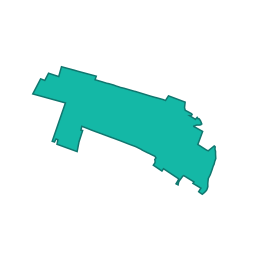 the district of Barcea, Galati, Romania, rotated 214°
{"feature_id": "2599482B6592604514944", "entity_name": "Barcea", "entity_type": "district", "adm_level": 2, "iso_a3": "ROU", "parent_name": "Romania", "parent_adm1": "Galati", "projection": "orthographic", "projection_center": [27.463, 45.764], "detail": "fine", "context": "isolated", "style": "filled", "palette": "teal", "viewbox_px": 256, "rotation_deg": 214, "n_neighbors": 0, "source": "geoboundaries", "source_scale": "gbopen_adm2", "svg_char_len": 2135}
<svg xmlns="http://www.w3.org/2000/svg" viewBox="0 0 256 256"><g transform="rotate(214 128 128)"><path d="M227.9,119.9L226.0,103.0L193.9,113.8L183.4,74.6L181.1,75.3L181.5,78.7L180.2,78.9L179.5,79.0L177.8,74.8L157.0,80.0L160.9,89.2L164.2,100.6L165.9,99.9L167.2,103.6L160.8,105.1L160.7,105.1L157.8,105.7L157.7,105.7L152.7,106.9L135.5,111.1L135.3,111.2L127.4,113.1L118.0,115.2L111.5,116.8L111.4,116.8L110.3,117.0L104.9,117.7L104.2,117.6L98.0,118.4L97.9,118.4L97.6,118.5L96.0,118.8L94.8,118.9L89.9,119.6L88.1,118.8L88.2,116.8L87.2,115.9L86.4,114.7L86.2,114.0L86.2,111.3L75.8,111.3L75.8,114.1L57.6,114.2L57.2,112.8L57.0,108.6L54.7,108.8L55.8,111.6L55.9,113.1L55.7,118.4L55.2,119.7L43.4,120.2L43.2,120.2L43.2,118.4L33.9,118.9L33.8,114.7L33.2,114.7L32.4,114.6L31.2,114.6L29.4,114.6L29.1,115.4L28.9,116.2L28.8,116.4L28.6,117.1L28.4,118.1L28.2,118.9L28.2,119.6L28.1,120.5L28.2,121.2L28.3,121.5L28.4,122.1L29.0,124.0L30.9,126.7L32.6,129.9L33.2,131.1L33.7,135.3L35.0,140.5L36.0,143.8L36.4,146.2L37.4,148.8L38.1,151.7L40.8,155.3L41.4,156.2L41.5,156.3L41.8,156.8L42.3,157.5L42.9,158.1L43.9,158.9L44.6,160.0L45.1,161.0L45.3,161.2L45.7,161.3L45.9,161.3L46.2,161.2L46.5,161.3L48.7,154.0L48.9,154.0L50.1,153.6L60.9,153.4L64.2,166.9L66.4,166.7L71.3,166.3L72.2,166.3L72.5,166.1L72.9,166.1L74.3,166.0L74.4,166.3L74.5,166.5L74.4,166.6L74.0,167.1L73.6,167.6L73.4,167.9L73.1,168.3L72.8,168.8L72.4,169.1L71.1,169.9L70.3,170.5L69.7,171.1L69.4,171.4L69.4,171.5L69.5,171.6L69.6,171.9L69.5,172.1L69.2,172.4L69.1,172.6L71.7,174.4L72.1,174.6L72.9,174.9L73.0,175.0L74.4,175.4L75.1,174.9L76.6,175.5L77.0,172.8L77.8,172.9L78.0,172.9L78.9,172.8L79.4,172.8L83.7,172.7L82.8,173.3L82.3,174.9L83.2,175.4L90.5,174.7L92.5,176.5L95.1,181.4L112.4,177.3L112.3,171.8L113.9,171.4L114.2,171.4L116.9,170.5L117.2,170.4L122.0,168.8L122.1,168.7L123.0,168.4L126.9,167.1L142.7,162.3L142.8,162.2L143.3,162.0L148.6,160.3L153.6,158.7L157.2,157.3L158.6,157.0L161.2,156.2L163.9,155.6L169.1,153.9L170.6,153.2L175.0,151.9L182.3,149.6L183.3,153.2L201.9,146.8L202.0,146.8L217.4,141.6L214.2,131.9L224.5,129.0L223.6,120.9L227.9,119.9Z" fill="#14b8a6" stroke="#0f766e" stroke-width="1.5"/></g></svg>